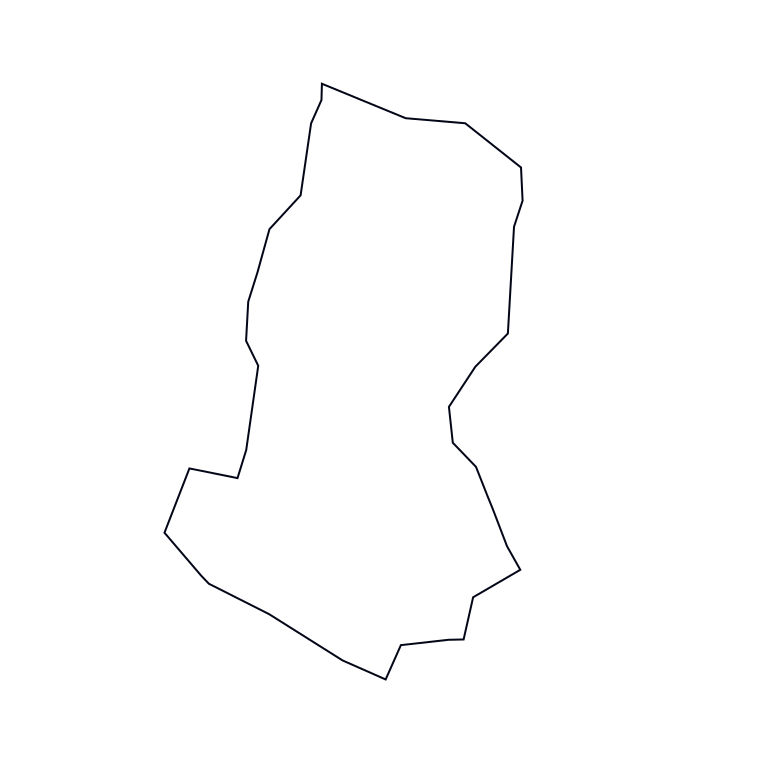 Bayan-O'ndor, Övörhangay, Mongolia (Equal Earth projection), rotated 33°
{"feature_id": "93677404B89129969476905", "entity_name": "Bayan-O'ndor", "entity_type": "district", "adm_level": 2, "iso_a3": "MNG", "parent_name": "Mongolia", "parent_adm1": "Övörhangay", "projection": "equal_earth", "projection_center": [104.264, 46.509], "detail": "fine", "context": "isolated", "style": "outline", "palette": "ink", "viewbox_px": 768, "rotation_deg": 33, "n_neighbors": 0, "source": "geoboundaries", "source_scale": "gbopen_adm2", "svg_char_len": 621}
<svg xmlns="http://www.w3.org/2000/svg" viewBox="0 0 768 768"><g transform="rotate(33 384 384)"><path d="M381.0,127.8L310.1,121.1L257.4,149.3L168.4,166.0L176.9,179.9L180.9,205.1L211.3,271.2L203.6,316.5L217.0,359.0L225.3,388.9L244.8,422.9L268.6,437.2L304.4,514.4L312.4,542.7L266.8,560.8L280.9,628.3L335.0,644.3L345.9,646.9L413.1,639.6L499.9,638.4L546.3,630.9L540.4,593.8L577.4,563.4L589.9,554.9L574.9,514.3L599.5,465.6L575.6,453.1L549.1,433.8L542.2,428.8L532.4,422.0L506.3,403.4L473.7,395.8L450.9,367.8L451.2,319.7L460.4,274.2L407.4,181.3L400.4,154.8L381.0,127.8Z" fill="none" stroke="#020617" stroke-width="2"/></g></svg>